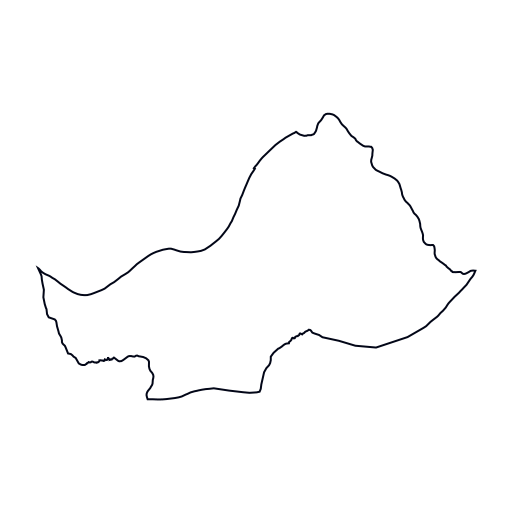 the district of Huoixai, Bokeo, Laos, rotated 177°
{"feature_id": "54806243B92190499984155", "entity_name": "Huoixai", "entity_type": "district", "adm_level": 2, "iso_a3": "LAO", "parent_name": "Laos", "parent_adm1": "Bokeo", "projection": "orthographic", "projection_center": [100.641, 20.359], "detail": "fine", "context": "isolated", "style": "outline", "palette": "ink", "viewbox_px": 512, "rotation_deg": 177, "n_neighbors": 0, "source": "geoboundaries", "source_scale": "gbopen_adm2", "svg_char_len": 6044}
<svg xmlns="http://www.w3.org/2000/svg" viewBox="0 0 512 512"><g transform="rotate(177 256 256)"><path d="M371.7,118.6L367.3,118.4L360.9,117.8L356.9,117.7L353.0,117.8L344.4,118.4L340.6,118.9L337.5,119.6L333.4,121.3L331.6,121.9L328.5,123.2L324.6,124.1L321.9,124.5L320.4,124.8L317.0,125.3L313.2,125.7L309.6,125.8L305.1,126.1L289.9,123.0L275.8,120.6L269.6,119.7L262.4,119.8L259.5,120.3L258.2,123.1L257.4,127.5L254.0,139.5L251.5,143.5L248.7,146.2L247.5,148.3L246.7,151.2L246.5,154.7L243.5,158.4L238.7,162.3L237.5,162.7L235.0,164.2L234.0,165.0L232.1,166.3L230.5,166.9L229.5,167.0L227.7,167.1L227.6,168.0L227.3,168.5L226.2,169.2L225.1,170.4L224.9,170.9L224.4,172.0L223.8,172.4L223.2,172.3L222.8,171.8L222.1,171.8L221.6,171.9L221.4,172.4L221.0,173.2L219.5,173.8L218.5,173.8L218.1,174.3L217.3,174.6L216.9,175.0L216.6,175.9L216.3,176.3L215.7,176.3L215.0,175.9L214.7,175.7L214.4,175.5L214.0,175.3L213.4,176.0L212.0,176.6L211.0,177.6L210.7,177.8L209.8,178.2L209.1,178.4L208.5,178.7L207.4,179.3L207.1,179.6L205.8,179.3L205.0,178.6L204.3,177.4L203.7,176.5L202.4,175.9L201.5,175.5L199.2,174.6L197.1,173.8L193.9,171.4L177.7,167.0L161.5,161.2L140.9,158.3L108.9,167.1L92.6,175.4L89.8,177.0L85.3,181.0L82.5,183.0L78.4,185.8L77.1,186.9L74.8,189.4L72.2,191.5L69.2,194.6L67.3,197.3L66.2,198.7L64.7,200.2L62.8,202.0L59.9,204.8L57.1,207.1L55.2,208.7L53.5,210.4L51.8,211.9L50.2,213.5L47.3,216.2L43.0,221.9L41.1,223.9L39.9,225.5L39.2,226.7L37.7,229.8L38.4,229.9L38.6,229.9L39.7,230.1L40.8,230.1L42.5,229.9L44.1,229.0L45.7,228.2L47.6,227.4L48.6,227.2L49.6,227.2L50.1,227.3L50.8,227.8L52.3,229.2L53.1,229.4L54.1,229.4L57.6,229.4L59.9,229.6L60.6,229.7L60.9,230.1L61.3,230.7L61.7,230.9L62.0,231.0L62.3,231.5L62.8,232.3L64.8,234.0L65.7,234.9L66.3,235.5L66.8,236.5L67.3,236.9L68.0,237.3L68.7,238.0L70.4,239.4L72.7,241.1L73.9,242.4L75.0,243.2L76.1,244.5L76.8,245.9L77.1,247.2L77.5,248.7L77.4,250.6L77.2,251.9L77.2,253.4L77.4,255.4L77.6,256.4L78.1,257.1L78.6,257.7L79.5,257.8L81.2,257.7L83.7,258.1L84.9,258.5L85.6,258.9L86.1,259.4L87.2,260.7L87.7,261.3L88.2,262.9L88.4,264.3L88.3,266.1L88.1,268.0L88.4,269.7L88.9,271.5L89.6,273.5L90.2,275.5L90.4,277.3L90.4,279.5L91.0,282.7L91.5,284.4L92.8,286.8L94.3,288.8L95.4,289.8L96.4,291.2L96.8,292.4L97.9,294.7L99.3,297.7L100.1,298.9L101.2,300.1L102.0,301.1L103.0,302.0L103.9,303.1L104.8,304.5L105.4,306.0L106.0,307.2L106.6,308.9L106.9,310.3L107.0,312.0L107.6,314.8L107.9,315.7L109.0,320.3L110.1,322.4L111.1,323.9L113.5,326.1L116.6,328.2L118.2,329.1L120.1,329.9L121.9,330.5L125.3,332.0L128.6,333.9L130.3,334.8L131.9,335.8L133.1,337.2L134.4,338.7L135.2,340.3L136.1,344.0L135.9,346.0L135.3,347.8L134.6,350.1L134.4,352.2L133.8,355.9L134.3,357.8L135.2,359.0L135.6,359.0L137.6,359.5L141.4,359.7L143.1,360.4L146.2,362.7L148.6,364.8L149.1,365.1L150.1,366.4L150.7,367.9L152.3,369.4L154.4,370.9L155.5,372.4L156.5,373.8L157.7,375.8L158.9,378.2L159.9,379.5L161.8,381.4L163.3,383.0L164.1,384.3L164.8,385.5L165.7,387.4L166.8,389.1L168.1,390.5L170.6,392.6L172.2,393.4L174.7,394.1L176.9,394.3L178.7,394.1L180.7,392.9L181.9,391.0L183.6,388.6L184.3,387.8L186.1,386.1L186.9,385.2L188.0,382.7L188.4,381.1L189.1,379.1L189.5,377.9L190.2,376.8L191.1,375.6L191.7,374.8L192.8,374.3L193.6,374.2L194.3,373.8L195.4,373.8L197.2,373.9L198.1,373.9L198.8,373.7L199.2,373.5L200.7,373.5L201.6,373.5L203.3,374.1L205.6,374.9L206.3,375.3L207.3,376.1L208.1,376.6L209.0,377.6L209.5,377.9L211.2,376.9L212.9,376.3L215.9,374.8L218.3,373.6L220.3,372.6L222.4,371.2L226.3,368.9L230.8,365.8L237.2,360.3L244.1,354.3L245.4,353.0L247.3,350.9L249.4,348.3L250.8,346.7L251.9,345.7L253.5,343.8L252.6,343.2L254.0,341.2L256.4,338.1L258.6,334.4L260.2,331.2L261.7,328.1L263.4,324.7L264.7,321.9L266.6,317.6L268.5,314.2L269.2,311.7L270.6,307.2L272.9,302.9L274.7,299.1L276.5,295.9L278.3,292.1L279.8,290.0L281.7,286.8L283.3,284.7L286.2,281.3L289.4,277.7L292.1,275.0L295.2,272.7L301.0,268.6L306.8,265.2L310.7,264.0L313.8,263.6L317.1,263.3L320.8,263.1L324.5,263.5L327.9,263.8L331.2,264.4L335.1,265.8L337.3,266.7L340.6,267.8L342.5,267.9L346.7,267.4L348.8,267.1L352.2,266.2L355.3,265.4L358.3,264.3L360.8,263.2L363.5,261.7L373.1,255.6L375.5,254.0L377.2,252.5L380.0,250.2L382.8,247.8L384.6,246.4L387.4,244.8L391.8,242.5L394.9,240.2L399.1,237.3L402.9,235.4L408.9,231.3L412.1,230.0L419.9,227.4L422.9,226.5L426.6,225.8L429.6,225.9L433.0,226.4L436.1,227.3L439.7,229.0L441.0,229.7L445.5,232.9L447.4,234.5L450.0,236.5L452.8,238.6L455.0,240.6L458.1,243.3L460.5,244.8L462.4,246.3L463.9,247.2L466.8,248.6L468.3,249.5L470.1,250.8L471.4,252.0L472.6,253.6L473.9,255.0L474.3,255.3L471.8,249.0L471.2,247.0L471.1,243.7L470.6,239.5L469.6,233.4L470.5,225.9L469.5,219.1L468.5,215.1L468.0,213.9L467.7,208.9L466.2,205.6L460.3,203.2L459.2,201.8L458.8,200.2L458.4,196.3L457.2,191.1L456.8,188.9L455.2,185.9L454.7,184.7L454.2,181.8L454.3,180.2L453.8,178.8L453.0,177.8L451.6,176.4L450.9,174.7L449.4,170.3L448.8,168.5L446.1,167.8L444.5,166.4L443.5,165.1L441.4,163.6L438.6,158.0L436.7,156.8L435.4,156.3L433.1,156.1L432.3,156.3L431.7,156.8L430.9,157.0L430.4,157.8L429.7,158.1L429.1,158.3L428.7,158.8L427.6,158.4L426.6,158.5L425.9,159.0L425.3,159.2L424.5,159.0L423.3,158.3L422.2,158.0L421.5,158.1L420.6,157.7L420.1,158.2L419.1,158.2L418.6,158.6L418.0,159.1L417.8,159.5L417.8,160.0L416.6,160.0L415.7,159.8L415.2,159.6L414.5,159.7L414.0,159.6L413.8,159.2L413.4,159.2L412.8,159.4L412.4,160.5L411.9,160.1L411.3,160.4L410.9,160.0L410.3,160.0L410.0,160.4L409.2,160.9L409.1,161.3L409.1,161.9L408.8,161.9L408.6,161.1L408.3,160.8L407.2,160.5L407.2,160.1L407.3,159.9L405.4,160.2L405.2,160.6L404.9,161.0L404.2,161.1L403.5,161.8L403.2,162.0L402.7,161.6L399.0,158.4L398.0,158.0L395.9,158.1L394.0,159.1L389.2,162.3L387.9,162.7L385.9,162.6L384.2,162.1L382.5,161.9L381.0,162.7L379.9,162.8L378.3,162.0L376.8,161.7L373.9,161.0L371.1,159.6L368.9,157.5L368.4,156.0L368.7,151.4L368.3,148.9L367.5,146.9L365.8,144.7L364.9,142.8L364.7,141.1L365.0,139.4L365.5,137.9L366.0,134.0L366.5,132.7L367.7,131.0L368.7,129.4L369.3,128.8L371.0,126.9L371.8,125.7L372.4,124.2L372.6,122.8L372.3,120.8L371.7,118.6Z" fill="none" stroke="#020617" stroke-width="2"/></g></svg>